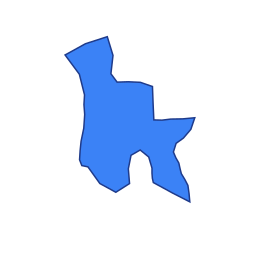 the District of Xanlar, rotated 143°
{"feature_id": "AZE-1680", "entity_name": "Xanlar", "entity_type": "District", "adm_level": 1, "iso_a3": "AZE", "parent_name": "Azerbaijan", "parent_adm1": "", "projection": "natural_earth1", "projection_center": [46.29, 40.555], "detail": "fine", "context": "isolated", "style": "filled", "palette": "blue", "viewbox_px": 256, "rotation_deg": 143, "n_neighbors": 0, "source": "natural_earth", "source_scale": "10m", "svg_char_len": 746}
<svg xmlns="http://www.w3.org/2000/svg" viewBox="0 0 256 256"><g transform="rotate(143 128 128)"><path d="M176.4,84.0L183.9,100.6L183.4,121.1L187.5,125.8L185.8,131.8L179.8,138.8L173.5,145.6L163.4,154.5L154.5,164.8L149.1,173.2L142.8,180.6L134.5,200.2L134.3,224.2L111.2,220.9L89.6,213.4L96.3,195.0L109.0,181.6L109.1,171.2L99.9,164.7L90.6,157.0L83.5,146.4L93.4,132.2L102.5,118.9L96.1,113.8L88.5,109.4L78.7,102.3L68.5,96.0L78.6,89.1L89.8,86.6L98.8,86.8L106.2,81.5L107.7,75.5L108.5,69.4L110.8,64.4L112.9,59.4L113.6,52.6L114.7,46.1L118.7,38.9L123.1,31.8L131.4,48.9L140.6,69.2L138.8,73.2L136.1,77.4L133.0,81.5L131.0,86.8L128.9,92.4L131.5,103.1L142.0,104.4L152.3,95.2L160.2,82.7L176.4,84.0Z" fill="#3b82f6" stroke="#1e3a8a" stroke-width="1.5"/></g></svg>